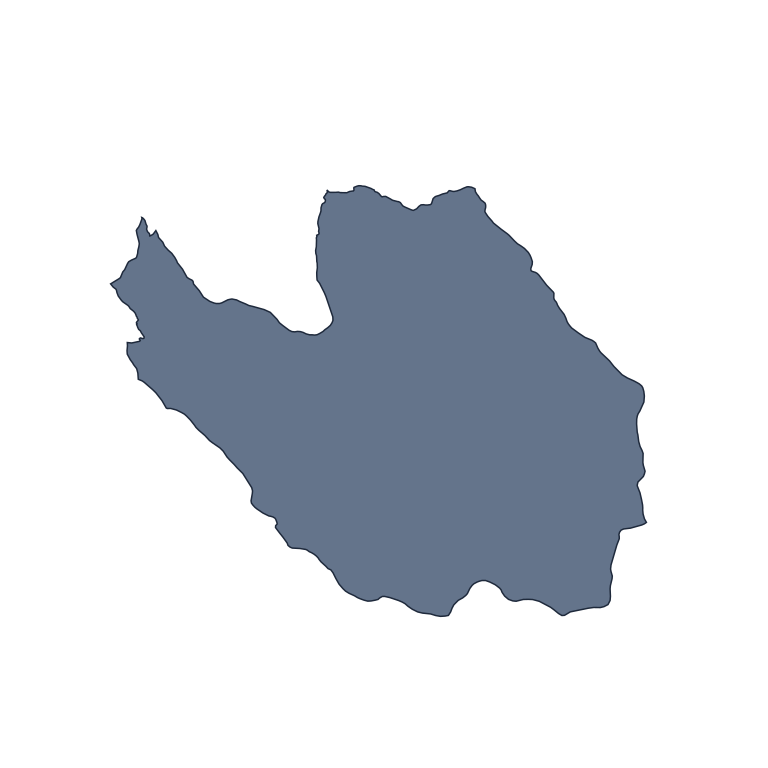 Umbita, Boyacá, Colombia (Natural Earth projection), rotated 286°
{"feature_id": "7082276B74523863570735", "entity_name": "Umbita", "entity_type": "district", "adm_level": 2, "iso_a3": "COL", "parent_name": "Colombia", "parent_adm1": "Boyacá", "projection": "natural_earth1", "projection_center": [-73.449, 5.226], "detail": "fine", "context": "isolated", "style": "filled", "palette": "slate", "viewbox_px": 768, "rotation_deg": 286, "n_neighbors": 0, "source": "geoboundaries", "source_scale": "gbopen_adm2", "svg_char_len": 6169}
<svg xmlns="http://www.w3.org/2000/svg" viewBox="0 0 768 768"><g transform="rotate(286 384 384)"><path d="M453.2,632.2L454.5,629.3L455.0,627.3L455.8,623.7L456.9,616.2L458.5,610.3L464.2,600.2L468.4,594.4L473.8,584.0L474.9,582.4L477.3,579.8L481.8,576.1L482.8,573.8L483.4,571.7L484.2,564.3L486.7,556.6L489.6,548.9L491.2,546.5L492.7,544.5L494.5,542.7L497.4,540.7L500.6,537.9L505.0,531.9L507.6,529.1L509.0,528.1L510.3,526.9L511.1,525.6L512.2,524.3L513.5,523.5L518.1,522.3L519.0,521.4L523.8,513.1L531.5,502.7L532.5,500.8L533.0,498.9L533.1,495.4L533.5,494.1L534.8,493.5L535.7,493.3L539.7,493.5L542.5,492.9L545.9,490.6L548.1,488.8L550.2,486.5L553.0,481.7L554.5,477.5L555.6,473.6L557.4,470.1L561.4,463.3L562.4,461.1L565.0,454.1L568.9,444.8L570.4,442.9L573.7,437.7L576.4,434.5L577.6,433.4L579.6,433.1L581.4,433.1L583.2,432.7L584.6,432.1L585.7,431.3L586.8,428.9L587.5,426.8L588.8,425.1L590.9,422.7L591.9,421.2L594.0,418.9L596.8,417.6L597.3,414.0L596.9,410.8L596.4,409.4L594.0,406.3L591.9,404.0L589.7,400.9L588.4,398.3L588.1,397.1L588.0,394.0L587.8,393.3L585.1,392.0L582.8,387.9L580.4,384.9L578.7,382.2L577.9,381.4L575.8,380.1L571.2,380.0L570.1,379.8L569.2,379.1L568.0,376.4L567.5,374.7L567.2,372.4L566.4,370.2L564.4,368.6L561.4,367.1L559.0,364.4L558.9,363.7L559.0,361.8L559.8,355.8L560.2,353.5L560.8,352.4L562.9,349.7L563.3,347.8L563.1,346.6L563.0,341.6L563.7,338.9L564.8,333.9L564.1,331.8L563.4,330.6L563.5,330.1L563.8,329.4L565.7,326.6L566.4,324.6L566.4,322.6L566.7,321.9L567.9,320.9L567.9,319.8L568.4,317.6L568.8,311.3L568.2,308.5L568.2,307.3L567.7,305.2L566.8,303.6L564.8,301.0L564.2,300.9L562.1,301.7L561.2,301.4L559.6,297.9L557.6,295.5L556.1,289.9L555.9,288.9L555.9,287.4L554.9,284.7L553.4,279.5L553.4,278.2L554.8,275.6L554.0,276.2L553.1,276.5L552.1,276.6L550.5,275.7L549.6,275.7L547.8,274.9L546.6,274.7L545.6,275.7L545.3,276.6L544.7,277.0L543.3,277.2L542.1,277.0L540.4,275.3L539.3,274.9L536.0,274.9L533.0,275.7L531.0,275.7L526.7,275.4L522.0,275.7L519.9,276.2L515.4,278.7L512.5,279.1L511.4,279.9L510.6,280.1L509.6,279.7L508.4,278.3L507.5,278.8L505.7,278.7L504.3,279.3L497.3,281.1L493.4,281.5L490.7,282.5L488.7,283.8L483.1,285.7L481.9,286.4L477.3,287.9L472.6,288.6L469.1,289.7L465.5,291.0L463.0,294.4L455.4,301.4L452.2,304.0L434.4,316.3L431.1,317.4L428.7,317.2L425.6,316.3L422.6,314.4L419.9,312.2L417.8,311.0L415.0,308.4L412.9,306.1L411.9,303.8L411.5,301.5L410.8,299.1L410.7,295.4L411.3,292.0L411.3,289.1L410.7,286.3L409.5,283.8L409.0,281.0L409.5,278.0L412.3,270.6L414.0,266.6L416.7,263.3L421.5,255.0L422.5,248.3L422.4,236.6L422.2,232.4L422.8,229.0L423.5,222.7L424.2,219.1L423.8,214.4L422.9,212.5L421.9,210.7L417.2,205.6L416.0,203.6L415.1,200.4L415.0,198.2L415.4,193.8L417.7,186.5L422.8,180.7L427.6,173.4L430.1,172.1L430.9,170.8L431.4,167.9L432.2,165.3L438.8,158.7L443.6,152.0L445.2,150.8L448.0,148.0L451.1,144.0L453.2,139.6L456.0,135.1L459.3,132.3L462.7,126.9L465.4,125.4L468.6,122.4L464.4,120.8L462.2,118.8L461.8,118.0L463.0,117.6L464.0,116.9L465.2,114.7L467.4,113.1L469.8,112.9L470.6,112.6L471.9,111.3L475.3,109.1L476.4,107.6L477.2,106.1L477.3,105.2L476.2,105.8L470.0,105.4L467.2,104.9L465.1,104.0L463.3,103.6L459.7,105.4L453.3,109.2L451.4,110.1L448.4,110.5L444.6,110.6L441.6,111.2L437.7,111.2L436.5,110.7L433.5,107.1L431.2,104.9L429.3,104.3L422.4,103.2L419.7,102.0L413.6,101.3L412.1,100.2L404.9,93.6L402.5,97.0L401.3,100.1L400.6,100.8L398.1,102.2L395.3,104.3L391.9,108.7L390.9,110.5L389.0,116.1L388.2,117.5L387.2,118.5L386.5,119.4L384.9,123.3L383.6,125.2L382.1,126.5L381.1,127.1L380.2,128.2L379.1,128.8L378.2,130.0L377.7,130.2L375.4,129.2L374.6,129.1L374.1,129.4L373.9,130.0L373.7,130.1L373.2,129.8L372.9,129.8L371.8,130.8L370.7,131.5L368.9,133.1L368.0,135.1L366.4,136.6L363.2,140.5L361.8,140.6L361.4,140.1L361.1,139.2L361.2,137.7L361.1,137.1L360.2,136.4L359.8,136.4L358.6,137.7L357.7,137.3L353.9,130.2L353.1,125.8L349.9,126.9L345.2,127.8L341.9,129.0L337.5,133.3L334.6,137.0L333.7,137.8L330.6,142.0L326.6,144.4L320.8,146.5L320.3,150.8L319.5,153.1L314.8,163.2L312.7,167.1L306.8,175.2L300.9,181.3L300.7,182.4L301.7,185.7L301.8,191.6L300.8,197.2L300.0,200.5L298.8,203.0L296.1,207.7L292.3,213.0L290.4,215.3L288.4,218.9L285.2,225.9L281.6,231.8L280.2,235.4L277.4,243.8L275.1,248.0L270.5,253.3L268.4,256.7L265.4,262.1L262.8,266.1L259.1,272.9L247.9,285.4L245.0,287.1L242.5,287.6L235.1,288.4L233.0,289.4L231.5,291.3L229.9,293.9L228.8,296.5L226.6,303.2L225.4,309.8L225.6,311.2L225.6,313.8L225.0,316.1L224.1,317.2L221.6,319.1L220.1,319.9L217.9,318.9L216.1,319.3L212.1,324.6L208.9,329.1L204.4,334.8L202.4,336.2L201.3,338.7L201.0,341.0L202.7,348.5L203.4,354.5L203.1,356.1L202.2,358.4L201.9,360.7L201.1,363.7L200.0,366.4L198.7,368.6L197.5,369.9L195.6,372.6L192.8,378.3L191.1,381.1L190.7,384.1L188.5,387.0L183.8,391.3L179.2,396.0L176.0,400.9L174.3,404.1L173.2,408.0L172.3,414.0L171.4,417.3L171.0,420.2L170.7,424.5L170.8,428.2L171.8,431.2L173.7,435.0L175.3,437.7L177.0,438.7L179.3,440.9L180.0,443.2L180.3,448.6L179.9,457.7L179.4,461.6L178.6,464.9L177.0,468.2L175.3,473.2L174.2,479.1L174.4,484.2L175.8,492.1L175.7,497.6L176.2,502.3L177.8,506.8L179.3,509.7L183.3,510.9L187.2,511.2L191.0,512.0L196.5,515.0L200.1,518.6L203.3,520.9L205.4,521.9L211.2,522.9L214.7,524.2L216.8,525.5L219.3,528.1L220.7,530.0L222.1,532.3L223.1,535.8L222.8,540.4L221.7,546.3L219.7,551.4L218.4,553.3L216.3,554.9L213.4,558.4L211.3,563.0L211.0,567.6L211.6,570.9L215.3,577.3L216.8,582.1L217.8,586.3L217.9,593.2L215.3,605.7L213.7,609.9L211.5,615.0L210.5,618.8L211.4,621.3L216.3,625.9L224.8,642.2L227.0,647.2L228.7,653.5L230.6,656.8L233.7,660.1L238.2,661.0L242.3,660.2L249.4,657.8L252.6,657.2L259.7,656.9L262.3,656.4L266.5,653.8L268.6,652.8L272.6,652.1L293.4,652.2L300.1,652.8L302.1,652.2L304.1,651.3L306.5,651.3L308.9,652.2L310.7,654.3L313.4,660.7L319.5,670.6L321.4,672.9L323.3,674.4L326.2,671.5L330.4,668.9L334.2,667.4L336.2,666.9L339.0,665.9L344.1,663.3L349.9,660.1L355.8,655.6L356.5,655.3L359.7,655.1L366.6,658.8L369.4,659.1L372.1,659.0L377.3,655.7L379.9,654.5L388.7,652.2L391.3,650.3L394.5,647.4L398.9,644.7L405.0,642.1L407.5,640.7L415.3,637.8L419.9,636.6L423.2,636.3L425.5,636.5L428.6,637.4L438.3,638.8L444.2,637.6L448.5,635.8L451.7,633.8L453.2,632.2Z" fill="#64748b" stroke="#1e293b" stroke-width="1.5"/></g></svg>